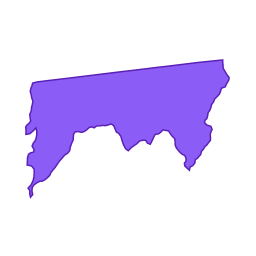 Ibatiba, Espírito Santo, Brazil, rotated 353°
{"feature_id": "56859067B8858770824272", "entity_name": "Ibatiba", "entity_type": "district", "adm_level": 2, "iso_a3": "BRA", "parent_name": "Brazil", "parent_adm1": "Espírito Santo", "projection": "robinson", "projection_center": [-41.564, -20.272], "detail": "fine", "context": "isolated", "style": "filled", "palette": "violet", "viewbox_px": 256, "rotation_deg": 353, "n_neighbors": 0, "source": "geoboundaries", "source_scale": "gbopen_adm2", "svg_char_len": 2234}
<svg xmlns="http://www.w3.org/2000/svg" viewBox="0 0 256 256"><g transform="rotate(353 128 128)"><path d="M38.8,71.8L37.9,74.2L36.6,76.5L35.4,79.8L36.0,83.3L36.1,86.2L36.9,89.9L35.9,93.0L34.8,95.7L34.1,99.1L32.2,102.4L32.1,105.7L32.2,109.3L30.5,111.2L28.2,112.6L26.6,114.5L26.5,118.1L25.9,121.9L29.9,121.7L33.8,119.1L36.6,116.7L37.1,120.2L36.5,124.0L35.7,126.5L34.4,129.2L32.2,131.4L30.6,134.3L32.1,137.8L31.4,140.4L28.2,140.8L26.1,141.9L24.6,145.3L24.0,149.2L23.4,152.5L27.7,153.9L29.8,157.5L29.3,161.8L28.7,165.1L27.4,168.6L24.9,172.6L21.5,175.5L22.9,178.1L22.4,181.4L22.8,184.8L25.3,182.5L25.0,178.7L25.8,175.2L27.8,173.0L31.0,171.2L34.1,170.1L36.5,170.3L39.3,169.2L42.0,167.5L44.6,165.4L46.0,162.9L48.0,160.9L50.4,158.7L53.3,155.5L55.6,152.8L58.3,150.4L61.8,147.2L65.1,145.6L67.4,143.3L68.5,139.7L70.4,135.9L72.1,133.3L72.6,130.4L73.4,127.1L75.3,125.4L77.9,125.4L81.5,126.7L84.4,126.1L86.9,124.7L89.7,122.7L92.3,122.5L94.3,123.7L97.3,122.1L100.7,122.5L103.3,122.3L105.5,122.9L108.1,122.7L111.9,121.9L114.2,124.1L115.0,127.1L115.9,130.5L118.0,132.0L119.9,135.4L120.6,140.1L121.6,144.4L123.1,148.3L125.5,150.6L129.0,147.8L131.6,146.4L135.0,144.6L138.1,142.2L141.1,142.0L143.9,142.2L145.4,145.3L148.1,146.9L150.5,143.4L152.5,140.1L154.1,137.7L157.7,137.5L160.1,136.1L162.5,134.1L165.7,135.2L167.9,135.8L169.4,139.0L171.1,141.9L173.0,144.1L173.1,147.3L172.8,151.0L173.6,153.7L174.9,155.9L176.8,158.7L178.7,160.8L181.0,162.1L181.9,165.3L181.5,168.1L179.7,169.7L179.8,172.7L182.1,175.5L183.8,177.4L184.8,174.4L187.9,173.1L190.1,170.8L191.0,167.6L193.4,166.4L195.1,164.7L196.9,163.2L197.9,160.3L200.5,158.0L202.0,155.8L204.2,154.5L206.0,152.5L208.3,150.3L208.7,147.6L208.8,144.6L209.9,141.8L211.3,139.7L210.5,136.5L206.6,134.6L204.6,132.0L205.5,129.6L207.4,128.3L208.6,125.4L209.4,122.5L211.2,120.6L212.5,118.4L213.7,115.1L216.3,112.2L217.5,109.8L220.5,107.5L222.6,105.7L224.1,103.4L225.5,99.9L229.5,99.0L231.6,95.6L234.0,92.5L234.5,90.0L233.0,87.7L231.5,84.4L229.7,80.2L230.0,77.5L230.0,74.6L230.3,72.0L205.7,71.5L202.8,71.5L186.4,71.5L182.2,71.5L177.8,71.5L164.7,71.4L140.8,71.4L129.9,71.3L106.7,71.3L91.9,71.3L87.6,71.3L74.4,71.3L54.4,71.2L52.1,71.2L43.4,71.2L38.8,71.8Z" fill="#8b5cf6" stroke="#5b21b6" stroke-width="1.5"/></g></svg>